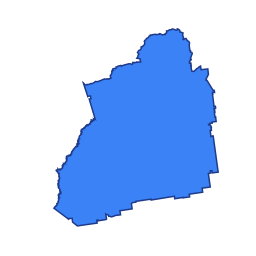 the district of Parkes, New South Wales, Australia, rotated 254°
{"feature_id": "25037944B17305446148962", "entity_name": "Parkes", "entity_type": "district", "adm_level": 2, "iso_a3": "AUS", "parent_name": "Australia", "parent_adm1": "New South Wales", "projection": "mercator", "projection_center": [147.963, -32.823], "detail": "fine", "context": "isolated", "style": "filled", "palette": "blue", "viewbox_px": 256, "rotation_deg": 254, "n_neighbors": 0, "source": "geoboundaries", "source_scale": "gbopen_adm2", "svg_char_len": 5765}
<svg xmlns="http://www.w3.org/2000/svg" viewBox="0 0 256 256"><g transform="rotate(254 128 128)"><path d="M183.6,97.5L169.3,98.0L169.5,98.4L169.1,100.8L166.3,100.4L166.6,98.7L145.8,98.9L146.1,98.7L146.1,98.2L145.8,97.9L146.2,97.5L145.3,97.5L145.3,97.0L144.8,97.0L145.3,96.1L144.9,96.3L144.3,95.8L145.0,94.9L144.5,95.0L144.4,94.0L143.8,94.1L143.9,93.8L143.6,93.8L143.3,93.1L143.1,93.1L142.9,92.7L142.5,92.7L142.6,92.3L142.2,92.2L142.2,91.3L142.0,91.2L142.1,90.9L141.7,90.6L142.2,90.2L141.8,89.6L142.3,89.7L142.3,89.1L142.1,88.7L141.9,89.1L141.3,88.5L141.4,88.3L140.6,86.9L140.7,86.7L140.4,86.6L140.5,86.2L140.4,85.7L139.9,85.2L139.6,85.4L139.7,84.6L139.5,84.4L139.7,84.1L139.4,82.9L138.7,83.0L138.4,82.7L138.6,82.4L138.0,81.9L137.6,82.5L137.1,82.1L136.6,82.5L136.3,81.7L135.3,81.7L135.4,81.1L134.5,80.9L134.0,79.6L133.4,78.9L131.3,77.9L131.0,78.2L130.9,77.2L130.5,77.3L130.1,76.9L129.2,77.0L129.5,76.4L129.2,76.4L129.3,76.1L129.0,75.5L129.0,76.0L128.5,76.0L128.8,76.2L128.5,76.4L128.0,76.0L127.4,76.2L127.7,75.7L127.4,75.4L126.8,75.6L127.1,75.3L126.9,74.8L126.5,75.3L126.2,74.8L126.0,75.4L125.8,74.8L125.2,74.8L125.2,74.4L124.7,74.8L124.3,74.6L124.2,74.1L124.5,74.1L124.3,73.5L124.5,72.6L124.2,72.5L123.7,71.3L123.1,70.9L123.1,70.5L122.3,69.7L122.4,69.4L121.6,69.0L121.5,68.5L120.9,68.1L120.7,67.4L120.2,67.3L119.6,66.6L119.1,66.7L118.9,66.4L118.7,66.7L117.5,65.3L117.7,65.1L117.4,65.0L117.4,64.7L118.0,64.1L117.6,64.0L117.3,63.4L117.8,62.8L117.6,62.6L117.9,61.8L117.7,61.2L117.4,61.0L117.3,61.3L116.0,61.0L115.8,60.7L116.1,60.4L115.9,60.2L115.1,60.2L115.2,60.5L114.9,60.7L114.5,60.3L114.0,60.4L113.6,59.8L112.7,59.6L112.5,58.6L111.5,57.6L111.6,57.1L111.3,57.3L111.6,56.6L110.9,56.2L110.9,55.7L110.6,55.8L110.7,55.3L109.3,55.1L109.4,54.4L108.8,54.7L108.3,54.2L107.8,54.1L107.9,53.8L107.3,53.4L106.8,52.3L107.0,52.0L106.6,52.0L106.3,51.6L106.6,50.6L107.4,50.4L107.4,49.8L107.0,49.4L107.1,49.0L107.6,49.0L107.3,48.8L107.3,47.5L106.9,47.3L106.5,47.8L105.7,47.7L105.4,48.3L104.5,48.5L103.7,49.2L103.4,48.5L102.0,48.9L100.7,48.2L100.4,48.5L99.3,48.2L98.9,48.6L98.5,48.1L97.1,47.6L97.1,47.1L96.8,46.7L96.6,47.1L95.9,46.8L95.3,46.5L95.2,46.1L94.6,46.4L93.4,45.7L93.6,45.3L92.8,45.2L92.7,45.0L92.1,45.1L92.2,45.5L91.9,45.8L91.4,45.6L91.8,45.4L91.6,45.1L90.5,44.7L89.3,44.8L88.3,45.5L87.6,45.6L87.0,45.2L86.1,45.5L86.2,45.1L85.8,45.1L85.5,45.5L85.1,45.3L84.3,45.7L84.0,45.3L83.5,45.2L83.7,44.6L83.5,44.0L84.0,43.9L83.7,43.5L82.9,43.6L82.7,42.5L81.9,42.8L81.6,42.4L80.3,43.0L80.2,42.2L79.8,42.2L80.1,42.7L79.9,42.8L79.2,41.6L78.0,41.7L76.7,40.5L76.1,40.7L75.9,40.3L75.3,40.2L75.0,38.9L74.6,39.1L74.3,38.6L73.6,38.5L73.3,38.3L73.1,37.3L72.7,37.3L72.4,36.9L72.2,37.1L72.5,36.2L71.3,34.7L56.7,45.8L57.3,46.4L57.0,46.7L56.6,49.4L52.8,48.8L47.8,52.4L47.1,57.8L45.1,72.1L48.0,72.5L47.8,73.7L47.0,73.6L46.1,81.5L46.4,82.3L51.4,82.9L50.6,83.6L50.1,84.8L49.4,85.1L48.5,85.1L48.3,86.0L47.7,86.5L47.1,87.9L47.2,90.5L47.5,91.6L47.2,92.7L46.6,96.9L50.7,97.4L49.1,109.7L54.3,110.4L55.0,111.5L54.6,115.2L55.3,115.3L53.3,130.4L52.4,130.3L49.6,153.8L47.1,153.4L46.1,161.7L45.7,161.6L44.8,168.3L47.5,168.6L45.7,182.1L49.7,182.7L48.6,190.8L62.1,192.7L62.0,195.0L64.1,195.3L63.8,196.9L61.6,196.6L60.7,202.5L96.9,207.7L97.1,207.1L96.9,205.4L102.9,206.3L102.6,208.2L102.8,207.8L103.6,207.4L105.3,208.3L105.8,208.3L105.9,208.0L106.5,208.3L107.8,208.1L108.2,207.4L108.8,207.3L108.6,206.9L108.8,206.4L109.2,206.4L109.0,207.7L109.9,207.9L109.5,210.3L110.6,210.5L109.9,214.5L114.5,215.3L114.6,214.6L119.5,215.4L119.3,215.9L121.7,216.3L121.8,215.8L123.1,216.0L122.9,217.7L124.8,218.0L125.1,216.5L125.8,216.6L125.8,216.8L137.5,218.6L137.3,218.9L139.1,219.2L138.3,221.0L140.4,221.3L141.0,220.1L152.1,217.0L152.3,216.2L153.3,216.4L157.4,220.1L162.8,221.0L163.9,214.3L167.5,214.8L167.1,213.1L166.5,212.6L166.2,210.7L164.3,207.2L164.8,205.1L167.8,205.1L168.4,205.4L170.5,205.5L170.4,205.9L173.1,206.3L173.3,205.0L174.1,205.4L174.6,205.2L175.4,205.8L175.4,206.4L176.3,207.6L176.6,207.7L177.2,206.9L181.9,210.3L183.1,210.2L184.0,208.9L185.2,209.4L186.1,208.6L186.9,209.1L189.4,209.4L191.0,209.8L192.7,210.6L193.5,210.6L194.8,210.0L195.5,209.1L198.0,208.5L198.2,207.4L197.6,205.9L198.2,205.3L199.0,206.0L200.0,206.3L201.5,205.9L201.7,206.2L202.7,206.3L204.2,207.1L205.7,205.1L205.8,204.5L207.2,204.7L208.3,204.3L209.3,203.4L209.7,202.7L208.7,202.3L208.8,201.1L210.9,198.3L211.0,197.5L210.5,196.5L211.0,195.2L210.4,193.1L210.7,191.8L209.6,191.7L208.6,190.9L208.5,189.9L207.9,189.8L207.9,189.5L207.7,189.5L208.2,186.5L209.9,184.7L210.0,184.3L209.5,184.0L209.9,181.1L210.5,180.4L210.9,177.7L210.9,176.9L210.7,176.5L211.2,175.5L211.2,175.1L210.7,175.0L210.6,173.8L209.3,172.5L209.2,171.2L208.9,171.0L208.8,170.3L207.9,169.5L207.6,168.3L206.7,167.5L205.6,167.7L203.7,166.9L203.1,165.9L202.9,165.1L202.5,164.9L202.2,164.3L202.4,163.8L202.2,162.8L201.4,162.9L200.6,162.5L199.5,160.8L199.6,160.1L199.3,159.4L197.9,157.9L196.7,158.6L196.3,158.6L196.3,158.8L195.9,158.7L195.2,157.7L193.9,157.2L192.6,155.7L191.6,157.9L190.9,158.8L189.8,158.3L188.4,158.5L187.9,158.3L188.6,156.2L188.6,155.0L189.1,154.6L188.8,153.6L189.0,152.2L189.4,151.9L189.2,151.5L189.6,150.6L189.0,150.5L188.0,149.5L189.1,147.9L189.5,146.4L189.6,141.4L189.4,139.1L189.1,138.8L190.1,138.4L190.2,135.8L190.1,134.8L189.7,134.2L189.8,133.4L189.2,133.6L188.5,132.3L189.0,131.6L189.0,129.7L188.0,129.1L187.3,129.5L187.2,128.1L185.7,127.8L184.6,127.1L184.2,126.6L183.7,126.3L183.3,125.4L180.5,125.2L180.6,123.8L180.2,123.1L180.4,122.7L180.9,122.3L180.8,121.3L181.1,120.9L180.9,119.8L181.6,119.2L181.5,116.6L181.2,115.8L181.0,112.0L180.8,111.8L181.7,109.4L181.6,109.0L181.0,108.3L180.6,105.7L181.0,104.4L180.6,102.7L181.0,101.4L180.8,100.8L181.2,100.3L181.0,99.5L181.5,98.1L182.9,98.0L183.6,97.5Z" fill="#3b82f6" stroke="#1e3a8a" stroke-width="1.5"/></g></svg>